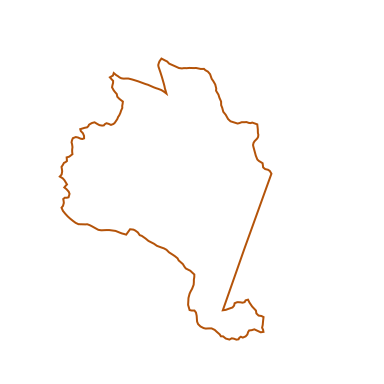 outline of São Domingos do Maranhão, Maranhão, Brazil, rotated 299°
{"feature_id": "56859067B35483531108788", "entity_name": "São Domingos do Maranhão", "entity_type": "district", "adm_level": 2, "iso_a3": "BRA", "parent_name": "Brazil", "parent_adm1": "Maranhão", "projection": "natural_earth1", "projection_center": [-44.348, -5.667], "detail": "fine", "context": "isolated", "style": "outline", "palette": "amber", "viewbox_px": 384, "rotation_deg": 299, "n_neighbors": 0, "source": "geoboundaries", "source_scale": "gbopen_adm2", "svg_char_len": 3631}
<svg xmlns="http://www.w3.org/2000/svg" viewBox="0 0 384 384"><g transform="rotate(299 192 192)"><path d="M117.3,315.2L117.2,312.8L116.2,310.1L117.0,307.2L119.3,305.4L121.0,300.1L123.2,295.8L125.0,293.2L123.2,291.4L121.2,291.4L119.7,289.9L118.9,287.6L117.6,285.0L115.4,283.2L113.0,283.9L110.6,283.4L109.2,282.1L107.3,280.4L105.3,278.7L103.5,276.3L166.2,265.6L168.6,265.2L195.3,260.9L226.7,255.8L246.5,252.6L248.1,249.9L248.3,247.7L247.5,244.8L248.0,242.3L251.4,239.8L251.6,235.4L252.1,233.4L254.7,230.2L261.4,223.7L262.7,222.6L264.9,222.0L266.8,222.1L270.4,223.1L272.2,223.1L274.2,222.3L275.5,221.1L277.1,220.1L278.7,219.2L282.8,216.3L282.4,213.8L281.9,211.0L280.7,209.9L280.0,208.3L279.6,205.8L278.2,203.6L277.1,201.6L275.2,200.0L274.0,198.7L272.5,191.4L273.3,188.2L275.9,184.0L277.3,180.5L280.3,177.6L282.1,175.4L285.2,173.6L287.8,170.2L290.0,167.9L291.4,165.4L292.3,163.9L294.3,163.0L296.0,161.4L297.3,160.2L299.3,156.9L300.5,154.4L302.0,152.7L303.8,150.7L305.0,147.5L305.0,144.6L305.5,142.8L303.9,140.1L302.5,135.6L301.0,133.0L299.2,129.5L297.7,127.3L296.4,124.8L295.2,123.3L294.1,120.5L293.7,115.4L293.2,109.8L294.1,107.0L294.0,104.9L293.9,100.6L290.5,100.2L289.0,100.4L286.7,100.9L285.3,102.0L281.5,106.2L277.7,110.2L272.8,115.1L271.1,116.7L269.4,118.1L268.0,119.6L265.7,121.9L266.0,119.9L266.2,117.9L266.3,115.7L265.8,112.3L265.4,110.4L265.0,107.7L264.6,103.3L264.4,101.3L263.9,99.1L262.7,91.3L261.8,86.9L261.3,84.7L260.4,81.4L259.3,79.4L257.9,77.0L257.2,75.0L257.1,73.1L257.4,71.2L257.5,68.9L258.1,65.9L255.5,66.4L252.5,64.6L251.5,67.3L251.0,69.1L249.1,70.1L247.0,70.6L244.8,71.3L242.9,74.3L242.1,76.2L241.2,78.7L239.1,80.5L238.3,83.1L237.9,85.4L237.6,87.7L235.4,88.6L233.5,89.2L231.7,90.3L229.0,90.5L226.4,91.0L223.6,91.2L221.9,91.0L219.5,91.3L215.0,90.9L213.4,90.3L211.4,88.6L211.2,86.2L210.7,83.9L209.1,82.9L207.5,82.6L206.5,81.2L205.6,78.6L205.6,75.8L205.7,73.0L203.9,71.1L202.5,70.2L200.9,69.3L199.3,69.4L197.7,68.9L196.1,67.0L192.8,63.8L191.4,65.2L190.5,68.1L188.7,70.4L186.6,71.6L185.2,70.4L184.6,68.6L184.4,65.9L183.7,63.7L181.3,61.7L178.9,62.0L177.0,62.6L175.7,63.9L173.3,65.7L170.8,66.7L168.9,67.8L167.1,69.1L163.4,67.5L161.5,65.6L158.5,67.6L156.8,66.9L155.4,65.9L152.9,65.9L150.7,65.7L149.1,67.0L147.2,68.4L144.1,69.5L141.4,68.9L141.3,72.3L140.5,74.6L139.1,77.1L138.0,79.0L136.2,78.5L134.1,78.1L133.6,80.9L132.5,84.0L131.0,85.8L129.3,86.2L127.5,86.6L126.3,85.3L125.3,83.5L123.4,82.8L122.0,84.0L120.3,85.2L117.3,85.9L115.0,85.5L112.9,88.3L111.5,91.8L110.4,95.1L109.7,98.0L109.0,102.0L108.6,105.2L108.8,108.3L110.1,110.8L112.0,114.5L113.0,116.0L113.4,118.5L113.5,120.9L113.5,125.9L113.5,128.4L114.5,131.2L117.4,135.9L118.6,138.1L120.9,144.0L121.5,148.9L121.8,150.9L122.3,152.8L122.8,155.1L129.4,155.9L130.7,159.0L130.8,160.9L130.4,164.2L128.9,167.2L129.3,169.3L128.8,174.0L128.1,177.6L128.3,183.9L127.9,187.4L128.6,192.0L129.1,194.8L129.1,197.7L128.1,201.1L127.8,205.7L127.6,208.1L127.0,211.5L125.7,213.5L124.5,219.0L122.9,221.8L122.1,223.7L122.3,228.7L121.6,231.4L121.0,234.0L118.8,235.2L116.3,236.1L114.1,237.3L111.7,238.4L107.4,239.0L104.3,239.0L101.9,239.2L99.9,239.7L97.6,240.3L91.4,243.3L87.6,247.1L88.2,249.3L89.5,251.6L88.5,253.9L86.0,256.1L82.9,258.1L81.1,259.3L79.4,261.4L78.5,264.6L78.6,268.1L79.2,270.2L80.4,272.1L82.2,275.2L82.4,278.7L81.7,281.5L80.9,285.3L79.8,287.2L80.8,289.2L80.2,292.6L81.1,296.3L83.3,297.7L84.0,299.7L84.4,302.4L85.7,304.1L87.5,304.1L89.1,304.9L89.3,307.0L91.7,308.9L94.2,309.5L96.6,309.0L98.6,309.1L100.1,311.2L102.1,313.1L102.3,315.8L102.6,320.1L104.3,322.3L106.0,320.9L107.3,319.1L110.0,318.3L114.1,316.5L117.3,315.2Z" fill="none" stroke="#b45309" stroke-width="2"/></g></svg>